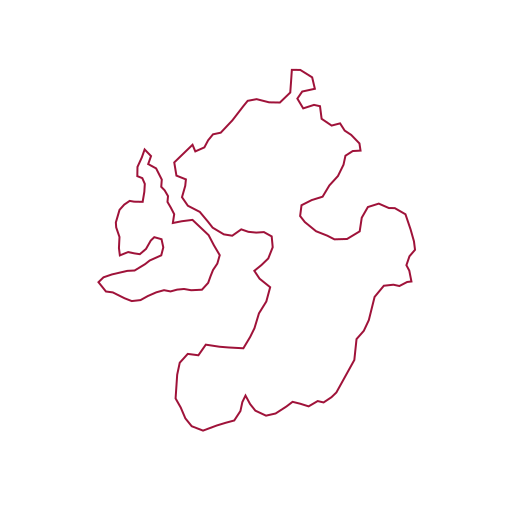 the district of Namhae-gun, South Gyeongsang, South Korea, rotated 226°
{"feature_id": "91817680B30407776748413", "entity_name": "Namhae-gun", "entity_type": "district", "adm_level": 2, "iso_a3": "KOR", "parent_name": "South Korea", "parent_adm1": "South Gyeongsang", "projection": "albers", "projection_center": [127.967, 34.823], "detail": "fine", "context": "isolated", "style": "outline", "palette": "rose", "viewbox_px": 512, "rotation_deg": 226, "n_neighbors": 0, "source": "geoboundaries", "source_scale": "gbopen_adm2", "svg_char_len": 2478}
<svg xmlns="http://www.w3.org/2000/svg" viewBox="0 0 512 512"><g transform="rotate(226 256 256)"><path d="M224.6,145.6L233.0,138.9L232.2,127.0L225.4,116.9L209.4,99.2L199.3,96.6L188.3,92.4L178.2,91.5L167.2,96.6L161.3,110.1L157.0,118.5L152.8,126.1L155.3,137.1L160.4,144.7L162.9,151.5L153.6,148.9L145.2,148.1L134.2,152.3L129.1,160.7L126.6,173.4L125.7,181.0L119.0,185.2L111.3,189.4L108.8,199.6L103.7,202.9L102.0,212.2L102.0,219.0L112.9,254.5L126.4,270.6L127.3,281.6L131.5,292.6L144.2,312.9L145.8,327.3L139.9,334.9L134.8,338.3L132.3,346.7L129.7,350.1L139.0,356.1L144.9,357.8L149.2,366.2L150.0,374.7L156.8,379.8L167.8,385.7L182.2,392.5L194.0,389.1L198.2,384.9L208.4,380.7L213.5,370.5L210.1,358.7L201.7,347.7L205.0,333.3L213.5,324.0L221.1,321.4L232.1,316.4L246.5,314.7L254.1,315.5L260.9,324.0L257.5,335.0L252.4,345.1L255.8,357.8L256.6,370.5L260.9,382.4L266.0,390.0L264.3,398.5L259.2,404.4L265.1,408.6L277.0,408.6L284.6,406.9L293.0,408.6L297.3,401.0L309.1,398.5L319.3,406.1L324.4,402.7L329.4,392.5L340.5,395.1L342.2,403.5L335.4,414.5L345.5,420.5L359.1,417.1L365.0,411.1L357.4,402.7L349.8,394.2L349.8,379.8L357.4,372.2L368.4,365.4L373.4,357.8L372.6,351.0L370.0,333.3L369.2,316.3L373.4,309.6L372.5,302.0L370.0,294.3L373.4,285.0L380.1,287.6L380.1,273.2L380.1,262.2L369.1,254.6L359.8,258.8L355.6,253.8L349.7,243.6L339.5,241.9L326.8,246.2L314.2,245.3L306.5,244.5L293.9,247.9L287.1,253.0L285.4,263.9L278.7,267.3L272.7,272.4L267.7,278.3L259.2,280.9L250.7,274.1L245.7,263.1L245.7,253.8L246.5,244.5L237.2,242.8L223.7,244.5L216.1,231.8L212.7,218.3L205.1,204.7L201.8,195.5L198.4,182.8L209.4,172.6L216.1,166.7L227.1,158.3L224.6,145.6ZM326.6,195.3L322.3,188.3L326.6,176.4L327.2,170.5L329.9,158.6L334.7,153.1L342.8,139.6L346.6,131.5L346.6,124.5L334.7,123.4L329.3,127.7L316.9,132.1L309.9,135.3L304.5,142.3L302.3,150.5L299.1,159.1L295.3,166.1L289.9,169.9L286.6,175.9L282.3,181.3L276.4,185.6L269.3,193.7L269.9,202.9L273.1,209.4L275.8,215.4L277.4,222.9L281.8,230.5L293.1,233.2L303.9,236.4L326.1,235.4L332.6,226.7L337.5,219.1L342.9,226.2L349.9,228.3L356.4,229.9L360.2,234.3L366.7,235.9L371.6,235.9L376.4,241.3L388.4,245.0L397.0,242.3L400.8,249.9L410.0,249.9L406.2,242.3L402.4,232.6L395.9,226.1L391.0,228.3L385.1,226.1L379.7,220.2L373.7,212.1L379.7,206.1L383.4,203.4L384.5,196.9L384.0,189.9L377.5,178.5L373.7,175.3L364.5,171.0L356.9,162.9L351.0,158.5L347.7,166.7L342.3,170.4L338.0,173.7L337.5,181.8L340.2,191.0L340.2,195.9L333.7,199.7L326.6,195.3Z" fill="none" stroke="#9f1239" stroke-width="2"/></g></svg>